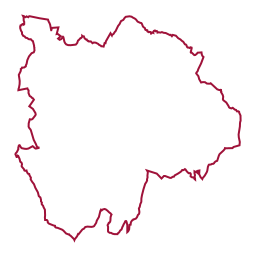 Españita, Tlaxcala, Mexico (Equal Earth projection)
{"feature_id": "50627088B92802360326073", "entity_name": "Españita", "entity_type": "district", "adm_level": 2, "iso_a3": "MEX", "parent_name": "Mexico", "parent_adm1": "Tlaxcala", "projection": "equal_earth", "projection_center": [-98.438, 19.441], "detail": "fine", "context": "isolated", "style": "outline", "palette": "rose", "viewbox_px": 256, "rotation_deg": 0, "n_neighbors": 0, "source": "geoboundaries", "source_scale": "gbopen_adm2", "svg_char_len": 5660}
<svg xmlns="http://www.w3.org/2000/svg" viewBox="0 0 256 256"><path d="M45.1,220.0L46.8,220.0L47.2,220.3L47.7,221.2L47.8,222.5L48.9,223.6L53.6,225.5L55.0,225.8L55.2,227.0L56.0,227.6L57.5,227.8L62.0,229.6L63.3,230.5L66.1,233.5L68.2,234.3L69.2,234.4L69.4,235.0L70.7,235.8L73.9,239.0L74.4,240.1L74.7,239.3L77.0,236.4L78.1,234.0L78.6,234.2L82.1,229.8L82.6,229.3L83.8,228.8L85.3,227.0L87.5,226.6L91.6,226.9L93.4,226.5L94.1,226.1L96.2,222.8L96.8,220.6L98.9,217.0L100.4,210.8L101.0,209.7L101.7,210.4L102.9,209.4L104.6,209.0L105.8,209.4L107.5,210.7L109.0,212.2L110.7,213.5L111.1,214.2L111.5,214.5L111.3,214.9L110.6,217.0L110.4,220.6L110.1,221.8L109.4,222.7L108.9,222.7L108.7,222.9L108.5,223.8L107.9,224.4L107.6,225.3L108.1,226.8L108.0,231.2L108.3,231.9L109.7,232.8L111.2,232.9L112.5,233.7L114.3,234.1L117.5,234.1L117.8,233.4L119.1,232.4L120.2,230.5L121.5,229.5L122.6,226.5L123.1,225.8L123.5,224.6L124.7,222.6L125.2,221.3L125.9,221.0L126.2,221.1L126.6,222.0L127.3,225.1L127.3,232.1L128.1,231.4L129.1,229.5L129.5,224.8L130.6,224.7L130.9,222.3L132.0,220.5L132.9,220.0L133.4,219.3L134.1,219.3L135.9,218.6L137.0,217.2L137.9,215.0L139.1,213.8L139.4,212.0L138.9,208.4L139.7,207.0L140.3,204.1L141.3,201.9L141.4,198.4L142.0,195.1L143.5,189.2L145.2,183.8L146.3,182.2L147.1,180.5L147.0,179.4L147.6,177.1L147.4,176.0L147.8,172.5L147.8,171.9L147.0,170.5L156.8,173.6L161.5,178.5L163.9,176.0L165.1,176.0L170.1,177.9L171.3,177.8L172.6,176.8L173.9,176.7L174.7,175.4L177.8,173.7L180.1,172.2L181.4,171.2L182.2,170.0L183.6,170.1L184.9,169.1L185.6,169.6L186.7,171.3L188.6,173.2L190.1,173.1L190.5,173.4L190.8,174.1L190.6,176.4L192.2,177.4L193.8,177.4L194.5,179.0L195.1,179.5L195.0,178.1L194.5,177.4L195.0,175.1L194.5,173.4L194.5,171.4L195.5,172.0L196.8,171.2L197.4,171.3L197.6,171.7L197.9,170.8L199.4,170.5L199.2,173.6L198.2,173.5L199.3,174.4L200.6,177.2L202.3,179.0L202.5,178.3L204.7,175.7L206.7,172.3L207.3,170.7L207.9,166.9L208.6,165.1L208.9,164.7L210.9,164.5L212.0,163.9L213.3,163.8L214.1,163.2L214.4,162.5L215.6,161.4L217.2,160.8L218.9,155.5L219.6,154.1L223.5,150.5L224.7,149.1L225.0,148.1L225.9,148.3L232.5,148.1L233.5,147.0L239.5,145.3L239.8,142.0L238.8,137.3L238.6,134.5L239.9,126.4L240.0,123.1L240.3,121.4L240.6,120.9L240.5,115.5L239.2,112.7L239.1,111.8L238.3,111.3L237.0,111.4L236.0,109.9L234.8,109.6L232.7,107.8L231.4,108.4L229.8,107.9L229.1,107.4L228.5,106.0L226.3,102.5L223.3,100.2L222.9,99.2L223.2,96.7L222.7,94.9L221.0,92.0L221.3,91.4L221.0,91.0L221.0,89.9L220.6,89.8L219.4,90.1L217.2,89.3L210.7,83.3L210.2,83.7L207.0,83.6L205.0,82.2L202.9,82.1L201.1,82.5L199.2,79.2L198.4,76.2L196.2,73.4L196.4,72.7L197.6,71.2L198.3,69.1L201.1,63.4L203.5,57.0L202.6,56.2L201.8,54.6L201.5,52.4L197.6,52.7L196.8,53.8L195.3,55.0L194.3,55.1L191.7,52.6L190.9,52.6L190.7,52.2L191.7,48.1L191.6,47.6L190.4,47.3L190.0,47.8L189.5,48.0L188.5,47.5L187.6,47.5L186.9,46.7L186.5,45.3L185.8,44.5L184.9,44.3L183.3,41.8L181.7,40.7L180.5,39.5L178.2,38.2L175.9,35.7L172.8,34.9L171.9,36.2L170.7,34.8L170.0,35.1L165.7,33.0L163.6,32.8L161.9,32.1L160.5,32.6L158.8,32.3L157.5,32.6L157.4,31.7L156.8,31.0L155.5,31.3L154.9,30.5L153.9,30.9L153.2,32.0L153.3,32.8L152.7,32.5L152.0,32.5L151.7,33.2L151.1,33.6L150.4,32.0L149.1,31.9L148.7,32.1L148.3,31.7L147.7,31.7L147.3,31.3L147.2,30.2L145.5,29.9L145.2,29.5L145.1,28.6L144.8,28.0L143.5,27.1L142.9,26.4L142.0,24.1L141.4,23.1L139.9,22.7L137.6,21.6L136.0,19.5L134.7,18.5L132.7,17.5L131.6,16.7L129.5,16.3L125.8,16.8L124.7,17.8L123.3,19.9L121.0,21.1L119.5,24.2L118.1,25.9L115.5,31.3L114.9,31.8L113.4,34.1L112.2,34.7L111.9,35.5L110.5,33.2L105.9,41.3L105.5,43.2L104.6,43.1L103.6,46.6L101.8,46.2L101.3,46.3L100.8,45.7L99.0,44.8L98.3,44.0L95.8,42.7L93.8,42.5L92.5,43.2L90.8,41.4L89.1,41.5L88.5,41.0L88.2,41.2L87.3,40.5L86.7,39.5L86.3,39.7L85.3,39.0L84.5,38.1L83.8,36.3L82.8,36.3L82.2,35.8L82.2,36.4L82.0,37.1L81.0,38.1L80.5,38.1L79.0,39.8L78.0,40.6L77.2,43.0L75.8,44.6L70.6,45.2L68.1,45.1L66.2,44.4L65.1,43.1L64.4,41.7L63.4,37.2L63.0,36.8L61.2,39.1L59.6,39.8L58.1,38.6L60.7,36.2L57.5,33.8L56.7,34.0L58.4,27.4L51.9,27.9L51.3,30.2L51.2,30.2L50.1,24.6L49.4,22.9L48.6,21.5L48.0,19.6L39.8,18.3L29.6,16.2L28.9,16.4L28.3,17.2L26.5,16.4L25.6,17.2L24.9,17.1L24.5,17.0L23.9,16.1L23.0,15.9L23.6,17.1L23.7,20.6L24.2,21.8L24.2,24.2L23.7,24.7L22.9,24.0L22.4,24.1L21.6,24.9L21.5,25.3L20.6,25.3L20.2,26.4L20.2,28.1L21.0,30.7L22.0,32.3L22.0,33.5L22.2,34.4L22.7,34.9L23.0,35.7L24.7,36.5L25.6,37.7L27.1,38.0L28.6,39.1L29.3,39.3L30.8,39.2L32.0,40.6L32.9,41.1L34.1,45.7L34.1,46.9L34.4,47.6L34.3,48.3L34.5,50.4L33.8,52.3L31.6,53.2L29.0,56.4L27.3,60.2L26.6,63.8L25.8,65.5L25.8,66.4L24.1,67.5L22.0,67.6L21.8,68.3L20.8,69.0L20.9,69.9L20.6,71.3L18.8,74.9L19.7,80.9L19.6,84.2L19.0,87.6L18.5,89.0L18.4,90.2L27.4,88.4L27.7,89.3L28.6,90.4L28.5,93.0L29.7,96.0L31.2,96.9L32.0,97.9L32.9,98.3L33.9,99.7L29.3,106.3L32.9,108.9L35.4,113.0L35.7,114.5L35.4,115.3L32.5,119.0L31.5,119.5L29.8,119.3L28.7,123.3L28.6,126.7L29.3,128.1L30.5,129.5L30.9,130.4L33.7,139.8L35.8,143.9L36.9,146.6L37.7,147.3L38.6,147.5L38.6,148.0L35.8,148.6L35.1,148.3L32.7,146.2L28.5,148.5L26.6,148.9L24.8,148.8L21.8,148.2L21.0,147.5L19.6,145.2L19.1,145.3L18.8,145.6L18.2,148.1L18.4,149.0L16.9,152.0L16.3,152.8L15.8,153.2L15.4,154.2L16.6,157.0L16.9,157.0L17.1,156.8L17.6,155.6L18.2,155.9L19.6,159.0L20.2,161.6L20.4,161.9L21.3,162.4L21.8,163.3L22.0,164.5L21.7,165.4L21.7,166.5L24.1,169.4L24.3,170.4L25.1,170.8L26.5,170.5L26.7,171.4L27.7,173.4L28.2,173.8L29.2,174.0L29.5,175.3L30.9,177.7L30.9,178.0L30.6,179.2L32.0,181.6L34.0,184.2L35.3,187.7L37.9,192.4L38.8,196.1L40.4,197.5L41.0,199.8L41.0,201.4L41.9,202.6L41.7,203.7L41.8,204.3L43.1,205.8L43.6,207.3L44.9,209.7L45.1,215.3L44.9,217.5L45.1,220.0Z" fill="none" stroke="#9f1239" stroke-width="2"/></svg>